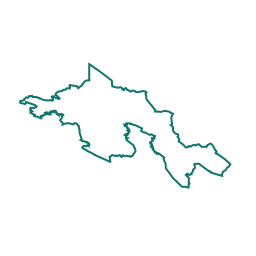 Bunkas pag., Priekules, Latvia, rotated 210°
{"feature_id": "27541924B56960431144298", "entity_name": "Bunkas pag.", "entity_type": "district", "adm_level": 2, "iso_a3": "LVA", "parent_name": "Latvia", "parent_adm1": "Priekules", "projection": "robinson", "projection_center": [21.538, 56.525], "detail": "fine", "context": "isolated", "style": "outline", "palette": "teal", "viewbox_px": 256, "rotation_deg": 210, "n_neighbors": 0, "source": "geoboundaries", "source_scale": "gbopen_adm2", "svg_char_len": 5903}
<svg xmlns="http://www.w3.org/2000/svg" viewBox="0 0 256 256"><g transform="rotate(210 128 128)"><path d="M47.2,155.7L48.7,155.8L49.1,155.4L50.7,152.8L50.5,151.2L50.6,150.8L51.9,150.4L54.6,148.6L58.7,149.3L60.7,147.2L60.7,146.7L62.7,146.2L63.7,144.8L64.3,143.4L65.5,143.2L65.7,142.5L66.7,142.3L66.8,141.8L66.6,141.3L68.2,140.0L71.9,141.2L77.4,141.8L78.1,143.9L80.0,144.8L79.8,144.9L81.4,147.5L84.6,146.9L88.0,148.3L87.8,148.3L89.4,151.3L92.5,151.9L91.7,153.3L95.8,158.7L96.1,162.7L96.3,162.9L98.6,162.4L100.1,162.8L104.9,161.2L107.3,158.6L112.9,155.8L112.9,156.9L113.1,157.1L126.1,162.0L127.0,162.8L128.6,165.4L129.8,166.1L129.9,167.1L129.7,167.3L130.0,168.3L130.9,168.2L133.4,167.8L134.6,166.2L135.9,165.4L138.2,163.4L139.9,163.1L140.8,163.5L143.2,162.4L143.5,161.3L144.0,160.9L145.3,160.7L146.7,161.0L147.7,160.5L149.0,161.3L149.9,161.4L150.2,161.3L150.9,159.8L150.5,158.9L150.8,158.7L152.1,158.5L152.6,159.3L153.7,159.7L154.9,159.5L157.1,157.7L162.4,156.2L165.8,161.0L181.9,163.0L193.5,163.9L185.4,149.9L186.0,149.8L188.0,148.0L189.0,146.2L189.0,144.4L189.4,142.6L189.2,141.5L189.8,140.9L191.0,137.6L192.3,138.1L192.9,138.7L200.0,136.0L199.9,135.4L198.9,135.1L198.3,133.0L198.9,133.0L201.1,131.5L201.2,130.0L203.0,128.8L202.9,128.5L203.4,128.0L203.5,127.2L206.0,125.2L207.6,122.9L207.6,121.5L207.3,120.4L207.1,120.6L204.8,120.2L202.0,119.4L201.9,119.1L202.8,118.4L204.0,118.3L204.6,118.7L204.9,118.1L205.7,117.9L207.4,118.0L207.3,117.8L207.5,117.7L208.1,118.1L208.5,118.1L209.2,117.3L209.7,117.2L209.7,116.9L208.1,116.2L208.1,115.9L207.2,115.2L207.5,114.7L206.9,114.4L207.0,114.0L209.1,113.3L211.0,111.9L213.7,110.6L216.6,109.8L219.7,109.7L219.7,109.3L220.3,109.1L222.3,109.3L226.2,107.1L226.7,107.2L227.1,107.9L229.7,106.0L229.4,105.5L229.6,104.3L231.6,103.6L231.6,102.3L232.4,101.5L231.9,100.2L234.8,97.3L234.0,95.9L233.7,95.9L228.9,97.5L229.1,98.6L228.8,98.8L229.2,99.4L227.6,100.1L226.5,99.9L224.1,100.7L222.2,100.8L220.0,101.4L217.8,100.9L218.2,99.7L219.1,99.0L219.4,98.1L220.7,97.8L221.7,97.0L222.6,96.8L222.6,96.6L222.0,96.0L222.1,95.4L219.8,94.8L220.6,94.3L219.9,94.1L220.3,93.7L219.7,93.1L219.9,92.9L219.3,92.8L219.4,92.4L215.3,92.8L215.1,92.5L215.7,92.1L215.4,91.8L215.0,91.8L215.3,91.5L215.1,91.4L214.6,91.8L213.3,91.9L211.7,92.5L209.0,92.7L209.1,93.0L207.9,93.2L208.1,93.7L208.8,94.1L208.6,94.5L209.2,94.9L208.1,95.4L208.3,96.0L207.6,96.2L207.4,96.5L207.6,96.9L206.2,98.3L206.2,98.6L207.0,99.1L206.5,99.3L207.2,99.6L206.2,100.3L206.4,100.5L205.6,100.7L206.0,100.9L205.7,101.2L204.6,100.9L204.8,100.6L204.6,100.4L203.5,100.4L203.6,100.1L202.1,100.7L201.8,101.3L202.9,101.4L202.6,101.9L202.8,102.1L202.5,102.2L203.3,102.3L203.8,103.1L204.3,103.1L203.1,103.5L202.1,103.7L202.1,104.2L201.2,104.1L200.8,104.4L201.0,104.7L200.3,104.7L200.3,105.1L199.8,105.3L200.1,105.7L199.9,106.1L200.1,106.2L199.2,106.6L198.3,106.2L197.9,105.3L197.3,105.6L196.4,105.2L196.9,104.8L196.5,104.5L195.7,104.7L196.1,105.1L195.7,105.2L194.9,104.4L194.1,104.9L193.7,104.6L193.9,105.6L193.4,105.9L193.7,106.2L193.5,106.5L192.0,106.6L192.0,107.0L191.1,107.1L191.2,106.7L191.7,106.5L190.6,106.2L191.1,105.7L190.3,103.2L190.8,100.9L189.0,100.1L187.8,100.1L186.5,99.2L186.3,98.3L185.2,99.9L181.7,102.6L177.5,103.5L176.5,105.7L173.9,106.1L172.5,105.1L171.5,105.1L171.2,104.4L168.6,101.6L167.6,99.7L162.5,95.1L163.1,93.9L160.8,93.8L159.3,94.7L157.8,94.7L156.7,95.3L156.4,94.9L156.0,95.3L154.4,95.3L153.5,94.6L153.9,94.3L153.5,94.0L153.7,93.7L153.4,93.5L154.1,93.1L153.6,92.7L154.0,92.7L154.8,91.5L157.4,90.4L157.9,88.2L156.2,87.7L153.1,88.1L152.6,87.8L143.4,88.3L143.3,88.0L126.9,89.8L127.0,90.0L126.6,90.2L129.5,93.9L128.8,95.0L128.6,95.3L128.2,96.6L125.3,97.5L124.5,98.2L124.0,97.9L122.6,99.1L121.6,100.4L119.8,99.7L119.4,99.8L119.5,100.0L119.1,100.2L119.3,100.6L118.6,101.4L118.7,101.8L117.5,101.7L115.6,103.1L112.5,104.3L111.7,104.3L111.7,104.8L110.9,104.9L110.0,106.9L110.3,108.8L110.0,109.7L109.9,111.8L112.3,114.2L113.5,114.6L114.6,115.8L123.1,116.8L123.8,118.1L123.3,119.0L124.5,118.6L124.3,118.2L124.5,117.9L124.8,118.1L125.4,119.9L126.8,120.1L125.7,120.9L126.9,121.4L126.6,122.1L126.2,122.3L125.4,121.8L124.9,122.5L125.0,122.9L125.5,122.9L125.2,123.9L125.5,124.0L125.7,124.6L125.6,125.2L124.9,125.4L125.1,125.8L126.3,125.8L125.5,126.3L126.3,127.3L127.5,127.6L127.2,127.3L127.6,127.1L128.2,127.9L128.9,127.6L129.5,128.2L130.4,128.3L130.0,128.8L130.2,129.0L130.8,128.9L130.7,128.6L131.5,128.7L131.2,128.3L131.7,128.1L132.2,128.6L131.8,129.1L132.7,129.3L130.7,130.6L130.9,130.9L131.7,130.8L131.8,131.2L131.6,131.4L129.3,132.6L128.2,132.6L128.3,132.9L127.7,133.4L125.2,133.2L124.2,133.9L115.6,134.7L115.3,132.1L112.4,132.0L110.9,132.7L105.6,132.9L104.6,134.2L101.7,134.2L100.7,134.6L100.6,134.4L101.3,133.9L101.3,133.5L100.7,133.1L100.9,132.5L100.1,132.2L100.7,131.8L100.6,131.1L102.0,131.0L101.7,130.6L101.2,130.5L100.9,129.6L100.3,129.3L100.8,128.9L100.8,127.6L101.6,127.0L101.5,126.4L100.3,126.3L100.5,125.7L100.3,125.7L99.9,126.1L99.4,126.1L99.0,125.7L99.2,125.4L97.7,124.6L97.6,124.4L97.9,124.2L97.5,124.2L97.5,123.8L97.8,123.9L98.1,123.3L97.2,123.4L97.3,123.1L96.6,122.8L95.8,122.9L95.6,122.6L95.7,122.0L95.2,122.1L94.9,121.4L94.1,121.4L93.5,120.9L92.6,121.0L92.5,120.7L92.8,120.5L92.6,120.3L91.5,120.3L91.4,120.7L90.9,120.8L90.3,120.2L90.1,120.6L89.5,120.6L89.7,120.9L88.8,120.8L88.6,121.4L81.9,120.4L82.1,120.0L81.6,118.9L77.3,115.5L75.0,112.0L63.5,107.0L51.6,104.1L49.2,105.7L45.8,106.7L46.4,108.0L47.0,108.6L46.9,110.5L47.3,111.0L48.1,110.9L50.2,115.1L54.4,116.2L53.8,118.1L51.6,117.8L50.0,119.7L50.7,120.0L50.0,122.3L50.8,124.3L50.0,127.1L51.1,128.5L52.4,129.5L52.3,130.3L48.7,132.5L36.8,131.1L36.6,131.4L34.1,131.4L34.1,130.8L22.5,133.6L23.4,134.9L23.9,137.5L22.4,140.3L22.3,143.2L21.5,144.5L21.2,145.9L21.5,146.4L21.2,147.7L22.1,148.1L29.0,149.5L36.4,150.1L39.5,149.9L39.6,150.5L39.0,150.5L39.0,150.8L39.8,152.2L41.8,152.6L44.4,154.5L47.2,155.7Z" fill="none" stroke="#0f766e" stroke-width="2"/></g></svg>